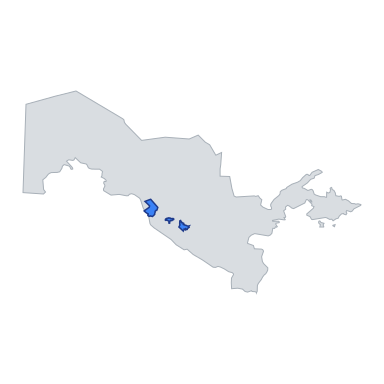 Rаmitan, Bukhoro, Uzbekistan (highlighted)
{"feature_id": "79887680B12609316203717", "entity_name": "Rаmitan", "entity_type": "district", "adm_level": 2, "iso_a3": "UZB", "parent_name": "Uzbekistan", "parent_adm1": "Bukhoro", "projection": "robinson", "projection_center": [63.441, 40.386], "detail": "fine", "context": "in_parent", "style": "filled", "palette": "blue", "viewbox_px": 384, "rotation_deg": 0, "n_neighbors": 0, "source": "geoboundaries", "source_scale": "gbopen_adm2", "svg_char_len": 5106}
<svg xmlns="http://www.w3.org/2000/svg" viewBox="0 0 384 384"><path d="M312.1,172.3L318.3,169.5L321.8,171.4L322.2,172.4L318.4,174.5L315.0,175.6L314.1,178.2L310.7,179.3L307.4,182.9L302.1,186.6L302.1,187.4L302.6,188.0L304.3,188.4L307.9,190.5L311.3,189.3L312.2,189.6L313.1,190.8L314.2,194.1L315.7,195.0L320.7,196.7L324.4,196.7L326.3,197.4L326.6,197.1L326.7,192.2L328.2,193.0L329.9,192.4L330.5,189.9L330.1,188.3L331.3,187.4L331.9,188.0L332.1,189.5L333.9,190.4L335.3,192.9L335.8,195.7L339.2,196.4L340.5,195.9L341.4,196.2L342.0,199.8L342.5,200.0L345.5,199.3L348.4,200.8L351.5,203.5L354.9,203.7L355.6,204.2L358.0,203.8L360.8,204.5L361.0,204.9L360.5,205.5L354.0,208.8L352.2,211.1L350.7,211.8L346.7,210.5L346.1,211.9L346.9,213.3L346.0,214.8L343.9,214.2L343.5,213.5L341.5,213.9L339.2,216.2L338.2,218.2L336.0,218.8L333.1,220.8L331.8,219.2L329.6,219.4L326.7,217.8L325.3,217.5L312.5,219.6L311.5,219.3L310.0,216.6L306.8,215.2L306.8,213.9L313.3,208.3L314.0,206.6L311.7,205.7L312.0,204.2L307.7,199.8L306.9,199.5L306.3,199.7L304.8,203.0L293.6,208.6L291.9,208.1L289.2,206.0L287.6,205.3L285.5,207.0L285.7,209.2L283.6,210.8L285.7,216.6L285.5,217.3L284.0,217.5L285.2,219.7L284.3,219.9L278.8,219.1L272.5,220.4L272.7,221.3L278.4,221.2L279.1,221.6L279.3,222.3L279.0,222.7L276.0,223.2L275.7,224.1L277.3,226.7L276.6,227.2L275.5,226.8L274.7,228.4L272.8,228.3L271.9,233.3L270.3,235.0L268.2,235.9L254.7,233.6L251.2,235.2L248.9,237.4L247.5,242.8L247.6,243.4L253.4,245.5L254.4,248.8L261.4,249.1L262.6,249.6L263.2,250.4L263.5,251.3L261.6,256.7L262.4,261.5L263.6,263.6L267.8,267.8L267.7,270.1L266.8,272.1L265.6,273.9L264.4,274.7L262.7,276.9L261.2,279.7L258.4,283.3L257.4,285.4L257.2,291.2L256.4,293.0L256.3,292.3L255.2,291.7L252.1,291.5L251.5,290.7L247.6,292.1L245.1,291.5L242.5,289.1L237.7,288.2L231.6,288.7L231.3,282.7L231.5,278.1L233.5,274.6L233.5,273.9L232.4,272.7L228.7,271.7L224.3,268.9L220.3,267.0L218.0,266.4L215.5,267.4L213.1,267.2L202.4,259.9L193.3,254.6L187.1,249.2L184.1,249.8L176.2,244.8L171.1,239.5L154.1,227.9L150.8,225.0L150.0,223.6L148.7,216.5L147.2,213.2L145.1,211.4L143.2,208.0L140.5,199.6L139.5,198.1L134.4,194.6L131.6,193.7L129.4,194.3L128.2,195.7L126.5,195.8L119.2,194.4L111.0,195.1L103.9,190.8L103.5,190.1L103.5,188.9L104.9,186.1L104.7,184.9L103.8,183.5L103.8,182.1L104.4,181.3L105.8,181.6L106.2,181.1L106.1,180.3L104.4,178.6L101.2,177.0L101.9,175.9L102.1,173.2L102.6,171.7L102.2,171.2L99.7,169.2L91.8,169.1L89.9,168.6L88.4,167.8L86.9,164.7L86.2,164.0L80.7,162.8L75.2,157.6L74.0,159.9L72.9,160.4L68.7,159.8L66.5,161.2L71.6,166.6L72.7,168.2L72.7,169.1L71.1,169.3L69.8,166.7L69.0,166.0L64.1,164.6L62.4,166.2L61.9,168.3L59.7,171.8L57.2,172.4L51.2,172.6L49.4,173.4L48.2,174.3L45.8,177.4L42.8,179.8L43.6,189.5L45.5,192.0L43.5,194.0L23.0,192.6L26.0,104.3L55.2,96.2L76.0,91.0L122.8,118.8L123.9,119.8L124.4,122.3L125.7,124.2L141.6,140.4L165.2,137.2L189.2,139.0L198.2,135.1L205.3,142.2L209.7,144.8L215.8,155.2L221.6,152.5L220.7,165.0L220.1,168.8L220.1,176.2L229.7,176.5L231.9,188.5L234.1,196.1L236.2,197.0L254.3,195.9L255.7,196.4L258.2,195.7L259.9,198.1L261.8,199.7L260.6,205.0L262.9,207.1L268.0,209.5L271.1,209.5L271.6,208.6L271.4,207.3L270.7,206.0L270.7,204.5L271.2,203.4L274.1,199.4L278.9,195.5L280.0,194.0L280.3,191.6L282.0,190.2L286.2,188.6L286.8,187.4L291.9,184.2L297.6,182.2L300.3,180.6L302.7,177.6L306.3,174.4L307.8,174.4L308.8,175.4L309.7,175.5L312.1,172.3ZM311.9,201.9L311.2,200.3L310.2,199.8L309.8,200.0L311.3,202.0L311.9,201.9ZM323.7,227.0L319.8,227.0L320.4,224.6L319.0,223.5L318.6,222.3L318.9,221.2L319.8,220.9L321.0,222.5L324.0,223.3L323.1,224.9L323.8,226.7L323.7,227.0ZM335.1,224.6L334.5,226.7L332.8,225.7L333.0,225.2L335.1,224.6Z" fill="#d9dde1" stroke="#a8b0b8" stroke-width="1"/><path d="M155.1,212.5L155.1,211.3L156.1,210.3L156.7,210.4L157.2,209.4L157.8,207.4L150.7,199.3L149.4,199.7L145.0,201.4L149.6,205.9L149.2,207.3L144.1,210.9L144.2,211.1L145.1,211.7L145.2,211.9L145.4,212.2L146.0,212.6L146.5,212.8L147.2,213.5L147.5,213.7L147.8,213.7L148.2,213.9L148.2,214.0L148.1,214.6L147.9,215.2L147.9,215.4L148.2,215.8L148.4,216.0L149.0,216.2L149.7,216.3L150.0,216.2L150.3,215.9L152.5,216.5L154.0,215.1L154.7,214.4L154.7,213.4L155.1,212.5ZM186.9,229.4L187.2,229.4L187.2,228.9L188.2,228.0L188.3,227.8L188.5,227.7L189.1,227.4L189.0,227.1L188.6,227.0L188.9,226.3L189.2,225.9L188.8,226.0L188.3,226.2L188.0,226.0L187.5,226.0L186.7,225.7L186.0,225.3L185.2,225.3L184.9,225.0L184.3,224.9L184.2,224.6L183.7,224.6L183.3,224.5L183.2,224.2L183.2,223.8L183.6,223.3L182.1,222.6L181.6,222.7L181.4,222.4L181.6,222.0L181.0,221.4L180.6,220.5L179.8,220.9L179.7,223.0L179.7,224.3L180.0,224.9L178.9,227.0L183.2,231.0L183.3,230.5L184.1,229.8L184.6,229.5L184.3,229.1L184.8,229.0L185.4,228.7L185.4,229.4L185.9,229.3L185.9,229.8L186.1,229.7L186.6,229.2L186.9,229.4ZM168.6,217.9L166.7,218.4L166.6,218.8L165.6,219.0L165.3,220.0L165.8,220.4L167.0,220.1L169.1,221.4L168.9,222.4L168.9,223.1L169.1,223.2L169.6,223.2L169.7,222.4L169.7,221.6L170.3,220.7L170.5,220.8L172.1,220.5L172.3,220.1L172.6,219.8L173.5,219.7L173.8,219.1L173.1,218.5L170.7,218.6L170.3,218.1L168.6,218.1L168.6,217.9Z" fill="#3b82f6" stroke="#1e3a8a" stroke-width="1.5"/></svg>